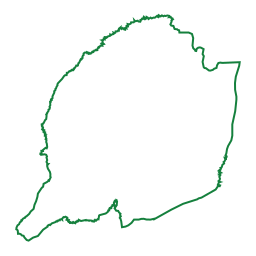 Ulanga, Morogoro, United Republic of Tanzania
{"feature_id": "72390352B93515871634078", "entity_name": "Ulanga", "entity_type": "district", "adm_level": 2, "iso_a3": "TZA", "parent_name": "United Republic of Tanzania", "parent_adm1": "Morogoro", "projection": "albers", "projection_center": [36.287, -9.043], "detail": "fine", "context": "isolated", "style": "outline", "palette": "green", "viewbox_px": 256, "rotation_deg": 0, "n_neighbors": 0, "source": "geoboundaries", "source_scale": "gbopen_adm2", "svg_char_len": 5662}
<svg xmlns="http://www.w3.org/2000/svg" viewBox="0 0 256 256"><path d="M239.7,62.2L222.3,62.9L220.3,62.6L218.4,63.0L217.0,65.4L216.5,67.9L214.2,68.7L212.8,69.9L210.3,70.6L209.0,70.5L205.9,68.2L204.5,68.0L203.7,67.1L202.6,61.9L203.8,56.1L202.6,54.1L203.6,49.1L201.0,47.7L199.9,47.4L198.2,47.7L196.7,48.8L196.2,51.0L195.4,50.9L194.8,49.7L193.3,48.3L192.5,45.6L193.2,38.1L192.0,34.0L188.6,32.5L179.4,32.5L179.1,30.3L177.7,29.9L177.2,29.3L174.6,29.0L173.4,25.9L171.3,25.6L170.4,24.4L171.6,21.6L171.4,20.6L171.9,20.2L171.9,19.7L172.7,19.4L172.3,19.0L172.5,18.5L170.6,17.6L170.6,17.0L169.4,17.1L169.8,16.7L169.4,15.9L167.4,15.5L165.5,16.0L164.5,15.7L163.4,16.3L161.9,15.4L160.7,16.4L159.0,15.4L159.0,16.6L158.5,17.2L157.9,16.9L157.8,16.0L157.3,15.7L154.8,17.7L153.5,17.6L151.7,18.4L150.6,17.6L148.5,19.0L147.9,17.7L146.5,16.9L146.2,18.5L144.9,19.3L144.5,19.0L144.7,17.8L143.8,16.8L142.8,18.9L142.0,18.7L141.5,19.7L140.5,19.9L140.6,21.0L140.3,21.7L138.5,21.5L137.7,20.7L135.2,21.3L134.4,20.4L134.6,21.4L133.7,22.3L131.1,22.3L130.8,23.5L129.2,24.4L127.6,24.0L128.0,26.5L127.4,26.7L127.0,25.8L126.5,25.9L126.4,27.1L125.9,27.7L126.3,28.4L125.1,28.2L125.1,29.7L124.2,29.5L122.8,28.0L121.8,28.9L121.3,28.1L120.4,28.0L120.5,27.4L119.5,28.2L119.5,28.9L118.1,28.8L118.8,29.2L118.9,30.7L117.9,30.7L117.6,31.3L115.6,31.4L115.4,32.6L114.7,33.1L113.7,32.7L114.0,33.4L113.4,34.1L112.8,34.0L111.0,35.1L110.2,34.5L110.0,35.8L107.5,36.6L107.2,37.2L105.2,37.1L105.7,38.0L104.4,38.2L104.6,39.0L103.7,38.6L103.5,39.9L102.1,40.2L102.7,40.5L102.4,40.9L102.8,42.7L102.1,43.1L102.9,43.5L102.2,43.8L103.3,44.3L102.5,44.6L101.8,45.4L102.0,45.7L100.5,45.6L99.2,47.3L98.9,46.8L98.6,46.9L98.4,47.9L98.0,47.9L97.4,49.0L97.4,50.1L96.7,50.3L95.9,49.8L94.9,50.6L94.2,50.6L93.6,51.5L92.5,51.5L92.0,52.1L92.4,52.4L91.3,52.8L90.8,53.6L89.3,53.8L89.7,53.2L88.8,52.7L88.3,53.1L87.8,52.7L87.3,52.9L87.3,52.3L86.8,52.0L86.4,52.5L84.7,52.6L83.6,53.5L83.6,55.1L82.9,55.6L82.4,56.9L82.6,57.9L81.3,58.7L81.6,59.3L81.2,59.7L80.5,59.7L79.1,62.8L78.4,63.2L77.9,65.5L77.4,65.8L76.3,65.5L75.0,67.8L74.2,68.1L73.8,68.8L74.0,69.2L73.3,70.1L72.6,69.7L71.9,70.4L71.6,70.0L69.8,71.4L69.3,71.2L67.4,73.2L66.8,73.0L66.6,75.1L65.1,75.2L64.1,76.0L62.1,78.9L58.0,83.2L57.4,84.3L57.5,85.4L56.6,86.6L56.0,88.5L55.4,88.9L55.3,90.3L54.2,91.2L54.3,92.6L52.5,96.3L52.5,98.2L51.2,99.2L51.8,100.0L51.3,100.4L50.9,100.2L50.7,101.9L50.1,101.9L50.3,105.2L49.5,106.8L49.9,107.7L49.4,109.2L48.5,109.7L48.5,110.9L46.9,113.2L47.1,113.7L46.2,114.5L46.6,115.7L46.2,119.1L45.1,120.1L43.6,123.1L42.5,123.8L42.6,124.4L41.7,124.5L41.9,126.1L42.3,126.3L42.3,126.9L43.0,127.3L43.1,127.9L42.1,129.3L42.6,129.8L43.0,129.5L44.3,130.2L43.9,131.0L44.4,131.6L43.9,131.9L44.6,132.2L44.2,132.5L45.0,133.2L44.7,133.5L44.9,134.7L45.3,134.7L45.0,135.4L45.7,135.4L45.2,136.1L46.1,137.0L45.8,138.0L46.3,138.7L45.7,139.3L46.5,140.1L46.2,142.0L46.8,143.6L47.2,147.0L46.7,148.3L45.6,147.8L42.7,150.2L42.9,151.0L41.4,150.9L41.7,153.9L40.4,153.6L40.3,154.1L41.0,154.8L44.7,154.3L46.2,154.8L47.0,156.5L46.5,157.4L47.2,160.1L46.5,161.9L47.3,163.3L47.2,164.3L48.1,164.2L47.3,165.2L47.2,166.2L47.9,168.6L49.9,171.9L50.4,174.0L50.3,176.5L50.7,177.2L49.1,180.7L48.5,180.3L48.2,181.1L46.9,182.1L43.6,183.8L43.1,186.7L41.7,187.9L37.9,193.6L37.4,196.9L36.1,201.2L34.5,204.8L33.6,208.9L30.7,211.5L29.2,213.9L26.4,216.4L25.4,216.8L25.1,217.7L23.4,218.4L22.2,219.6L22.1,220.4L21.3,220.3L21.0,221.6L19.9,222.3L19.1,224.2L17.5,225.4L16.5,227.6L16.3,229.3L17.3,229.8L17.8,230.8L18.0,233.8L19.5,233.7L20.9,234.3L21.8,235.4L23.6,235.8L24.4,237.4L26.7,240.0L28.6,240.6L33.1,237.6L37.9,236.0L43.1,229.7L47.6,226.6L47.5,226.0L47.9,225.5L49.3,224.7L50.1,225.1L51.8,223.4L55.4,222.1L56.1,221.4L56.9,221.6L57.2,220.9L57.9,221.0L58.2,220.4L59.8,220.3L59.8,219.6L61.5,219.1L62.1,219.6L62.0,218.9L63.5,217.1L64.1,217.3L65.5,216.7L67.2,217.6L66.5,219.8L67.3,220.0L67.7,219.5L67.9,220.3L68.7,220.2L68.2,221.5L68.6,221.9L69.2,221.6L69.9,223.0L71.1,222.9L71.0,222.4L72.0,222.9L72.8,222.2L73.1,222.8L73.6,222.3L74.3,222.9L74.7,222.6L75.4,223.1L75.9,221.8L76.4,221.9L77.1,221.0L77.7,221.5L78.6,220.1L78.9,220.7L79.5,220.2L81.0,221.0L85.8,220.0L85.9,220.4L88.0,220.3L89.1,220.8L89.7,220.4L91.5,220.6L92.2,220.8L92.2,221.3L94.0,221.6L94.5,220.3L95.0,220.5L95.2,220.0L96.0,220.7L97.7,219.1L98.5,219.3L99.1,215.5L99.7,215.1L105.7,213.5L107.8,211.9L108.3,210.4L109.2,210.4L109.3,208.7L109.7,208.0L110.3,207.8L110.6,208.4L111.3,208.2L111.5,206.5L112.5,206.0L112.4,205.1L114.0,204.5L113.9,202.7L114.6,201.1L114.9,200.6L116.1,200.4L116.2,200.0L116.7,200.3L116.1,201.8L117.0,201.9L116.7,205.1L116.2,205.1L116.0,206.2L114.8,206.0L115.4,206.6L114.9,207.0L115.1,207.7L114.6,208.3L116.2,210.7L118.2,210.9L119.0,212.4L120.5,213.8L120.0,214.9L120.8,216.3L119.8,217.3L119.8,218.0L120.4,218.5L121.2,221.2L122.0,227.2L125.5,226.6L128.4,225.3L131.6,222.8L134.0,219.6L138.7,219.6L141.3,218.9L143.7,218.8L146.4,219.5L150.5,219.6L154.4,218.7L154.4,219.1L171.4,209.6L183.1,203.8L197.3,199.3L198.6,198.4L201.5,197.6L215.7,189.5L217.8,186.4L218.6,186.0L219.7,186.2L220.1,185.4L217.9,184.7L218.9,182.4L220.1,182.0L218.8,181.6L218.5,181.1L219.4,180.4L220.0,178.8L219.3,176.8L220.3,175.2L219.1,174.7L220.0,173.9L220.1,173.0L221.0,172.7L220.0,172.0L219.3,172.2L219.7,171.3L218.7,170.8L219.6,169.9L220.4,169.9L220.9,168.7L220.5,167.9L221.4,167.6L221.9,166.8L222.4,164.8L224.1,163.5L223.6,162.0L224.5,161.4L225.3,159.5L226.0,159.2L226.0,158.6L224.9,158.3L224.6,157.5L226.2,157.4L226.7,156.8L226.5,156.1L225.5,155.4L226.3,153.5L227.0,149.1L228.1,146.0L231.3,140.4L232.3,135.7L232.3,124.4L235.2,111.2L236.4,99.7L236.4,96.6L235.1,89.8L235.0,83.0L235.8,76.7L239.2,65.8L239.7,62.2Z" fill="none" stroke="#15803d" stroke-width="2"/></svg>